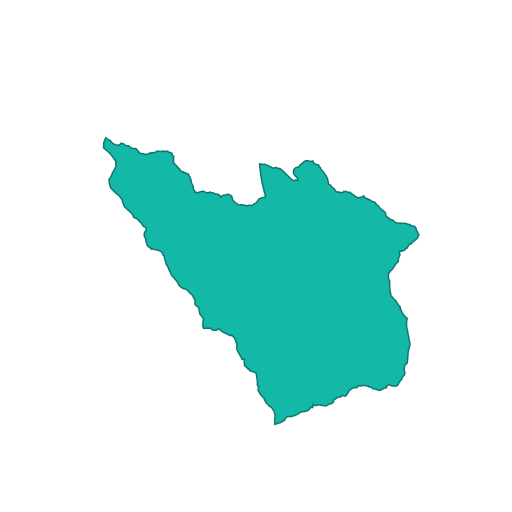 Romuli, Maramures, Romania, rotated 218°
{"feature_id": "2599482B28132150762562", "entity_name": "Romuli", "entity_type": "district", "adm_level": 2, "iso_a3": "ROU", "parent_name": "Romania", "parent_adm1": "Maramures", "projection": "mercator", "projection_center": [24.471, 47.559], "detail": "fine", "context": "isolated", "style": "filled", "palette": "teal", "viewbox_px": 512, "rotation_deg": 218, "n_neighbors": 0, "source": "geoboundaries", "source_scale": "gbopen_adm2", "svg_char_len": 6120}
<svg xmlns="http://www.w3.org/2000/svg" viewBox="0 0 512 512"><g transform="rotate(218 256 256)"><path d="M442.7,247.4L435.4,247.0L432.7,246.6L425.2,244.5L424.4,243.8L423.3,242.4L422.1,241.5L421.6,240.4L420.5,235.5L420.4,233.7L419.0,228.7L419.1,226.6L418.8,225.6L415.7,222.5L413.6,220.9L411.5,220.0L403.9,219.1L402.9,219.4L400.6,219.2L396.0,217.8L394.3,216.3L389.9,213.8L380.7,213.1L379.0,212.7L376.1,211.2L372.0,212.1L369.3,211.5L366.3,211.3L364.2,210.3L363.1,210.1L359.9,210.7L358.7,209.2L358.2,207.4L358.5,206.4L358.4,206.0L356.7,203.2L355.4,202.4L353.9,201.9L351.6,199.7L347.9,197.3L346.5,197.1L344.5,197.4L343.0,196.8L341.4,198.0L336.6,200.3L334.4,201.0L332.2,201.0L329.7,199.5L328.4,199.4L321.8,194.3L318.5,193.1L315.5,191.2L313.9,190.6L310.6,188.8L304.5,187.7L301.2,186.8L298.8,185.6L296.3,185.3L293.4,185.5L292.1,185.9L291.4,186.7L290.4,186.8L287.4,186.6L285.8,186.1L282.9,186.1L279.9,185.2L279.6,184.7L277.7,184.1L276.9,183.5L275.1,181.7L274.6,180.6L273.4,180.1L269.7,180.1L268.8,179.6L264.7,175.8L259.4,174.5L258.7,173.9L254.8,168.0L252.7,166.7L247.7,171.0L245.6,170.9L243.2,171.5L241.4,173.4L240.8,175.3L240.4,175.7L235.9,175.6L232.2,176.3L230.3,176.9L227.3,177.3L226.7,178.0L226.6,178.8L222.7,178.2L219.2,176.3L216.6,174.4L215.3,173.1L214.3,171.1L212.2,169.8L205.7,167.2L203.9,166.1L202.9,166.3L202.4,167.4L201.6,167.3L200.9,166.5L200.4,165.4L199.0,164.3L197.4,162.5L193.8,162.6L193.1,162.0L192.7,162.0L192.3,162.6L191.8,162.7L191.0,161.9L189.8,161.9L184.9,163.7L183.8,163.8L177.6,158.0L175.7,155.3L172.9,154.1L172.4,152.4L171.7,151.4L166.6,149.4L161.8,148.7L160.3,147.7L157.8,146.6L152.4,145.8L150.8,146.4L145.5,144.4L142.3,141.7L141.0,139.1L137.5,134.9L134.2,139.7L132.8,143.0L132.4,144.5L132.9,146.4L132.6,148.2L130.9,150.1L129.3,151.2L127.5,153.9L126.1,156.4L124.8,160.0L124.9,160.5L122.1,163.2L120.4,165.4L119.8,166.9L119.4,171.0L119.2,171.3L118.3,171.3L118.4,172.6L119.7,173.8L119.7,174.2L117.2,174.7L116.4,175.4L115.7,176.5L113.6,178.4L112.7,178.3L111.4,179.4L108.8,180.7L108.4,181.3L107.4,183.9L105.3,186.6L105.1,188.0L106.0,190.9L105.2,192.7L104.8,194.5L102.4,197.3L102.3,199.0L101.4,199.5L101.1,200.0L100.0,200.2L99.1,201.0L99.1,203.5L99.6,207.0L99.1,210.4L97.4,212.9L95.5,214.2L95.3,217.1L93.4,218.0L92.4,219.4L90.9,220.8L89.8,221.0L87.6,222.6L86.4,222.4L85.1,223.3L84.1,223.5L82.1,223.4L80.6,224.5L76.2,225.8L74.6,228.2L73.9,230.1L72.1,232.5L72.2,233.0L73.0,233.7L72.7,234.7L71.9,236.4L71.1,236.8L69.0,237.2L65.3,239.9L64.8,241.9L65.5,245.0L65.3,247.1L65.5,248.8L66.0,250.8L66.0,252.0L65.8,253.8L66.3,255.0L69.7,258.3L70.8,259.9L71.4,261.6L71.0,265.0L77.1,274.2L78.9,278.2L79.3,279.6L81.4,282.5L83.8,284.2L86.6,287.0L87.8,287.7L90.6,290.5L93.2,292.3L96.8,296.8L98.5,300.0L100.0,299.8L101.4,300.1L105.4,301.1L110.4,303.7L111.2,304.8L113.0,304.9L118.7,306.9L120.8,306.8L123.2,307.6L125.2,307.7L127.6,310.1L129.0,311.0L134.1,317.0L134.9,318.4L137.6,319.7L140.4,323.1L140.9,324.7L140.6,326.1L140.9,327.3L140.4,328.8L140.6,331.2L140.6,333.5L141.0,334.6L140.5,339.3L142.5,342.4L143.0,345.1L145.5,347.6L145.5,348.6L144.2,349.3L143.4,350.9L142.7,351.7L142.5,353.0L142.6,354.2L141.8,355.2L142.5,359.3L141.1,361.5L141.2,363.4L140.3,366.4L139.9,369.8L140.3,371.1L140.4,372.6L143.8,374.6L145.6,375.1L147.0,376.4L149.6,377.1L150.1,376.7L150.6,375.7L153.4,375.6L155.0,375.2L155.5,374.4L157.7,374.1L165.8,368.4L168.8,368.2L169.7,368.5L170.9,368.3L172.3,367.4L173.2,367.3L173.8,367.7L175.8,367.4L178.2,367.6L179.1,368.1L180.1,369.4L182.0,370.0L188.0,370.1L190.3,370.8L193.3,370.8L194.3,371.4L196.0,371.5L197.7,370.5L200.8,370.4L202.0,370.1L202.2,369.6L203.5,369.8L205.0,368.9L208.3,369.6L208.4,368.6L209.8,366.3L211.3,364.9L212.9,364.2L221.8,363.9L222.2,363.1L223.9,362.3L224.6,362.5L225.3,361.7L226.6,361.1L226.5,360.3L226.9,359.4L227.8,358.5L229.0,357.6L230.5,357.4L231.0,356.5L231.8,356.3L233.5,356.2L235.7,357.2L238.3,356.9L240.7,357.7L242.2,357.2L243.2,357.5L245.4,359.5L246.6,360.2L247.5,361.3L248.1,361.3L250.5,362.5L253.4,363.1L254.1,363.7L258.6,364.3L259.6,365.2L261.2,365.3L262.7,366.3L265.1,365.1L267.4,364.6L269.6,365.9L271.5,363.8L273.2,363.3L274.8,362.3L276.1,360.5L276.5,357.7L277.0,356.2L277.2,354.3L277.1,352.3L279.0,350.2L279.1,348.2L279.5,347.6L278.5,345.5L277.0,344.1L273.6,343.1L271.7,343.2L270.8,342.8L270.8,342.0L270.4,341.6L269.6,341.4L272.0,340.0L272.2,339.1L273.1,338.3L276.3,338.3L286.3,339.5L291.1,339.7L291.8,338.9L294.8,338.1L296.1,336.2L297.3,335.5L300.7,335.0L303.1,334.2L305.0,333.9L305.8,333.5L306.4,332.8L309.3,331.3L309.8,330.5L308.8,329.7L302.6,323.2L296.2,317.4L289.7,312.2L286.0,309.7L285.2,307.5L286.5,306.4L287.7,304.8L288.8,302.4L288.5,298.3L289.7,295.5L290.2,293.4L290.8,292.6L292.4,292.2L293.9,290.1L298.3,287.9L299.8,286.8L300.4,285.8L301.1,285.5L306.9,285.4L309.2,286.0L311.9,288.2L315.6,287.7L316.7,286.9L317.4,285.4L319.0,283.9L319.5,283.1L319.6,281.1L320.0,280.5L320.4,280.5L321.1,281.3L323.6,281.4L324.9,280.6L325.3,280.0L326.4,280.1L327.1,279.6L328.5,279.4L330.5,278.3L331.4,278.2L331.8,277.9L331.7,277.0L332.5,276.7L334.1,275.2L337.0,274.8L339.0,273.0L341.1,269.7L341.9,269.2L342.8,269.4L343.4,268.7L345.5,270.0L346.6,270.2L348.5,272.3L351.4,273.6L354.7,276.4L356.9,277.6L358.4,277.9L359.7,279.0L360.5,278.5L362.5,278.3L363.8,277.4L364.6,277.7L365.0,277.7L365.5,277.0L367.6,276.7L368.2,277.1L369.1,276.8L369.8,277.4L371.1,277.3L372.6,278.0L373.8,277.7L374.6,278.2L376.5,278.2L377.2,278.8L378.5,278.7L379.4,279.3L379.6,279.7L379.5,280.2L380.3,280.8L380.3,281.3L381.2,282.2L382.2,283.9L384.4,284.0L385.3,285.1L387.0,285.0L387.7,284.4L388.9,284.0L390.0,284.3L391.6,283.0L391.8,282.5L392.4,282.4L392.7,281.8L393.6,281.6L394.9,280.5L395.3,279.5L397.1,278.8L398.7,277.5L398.7,276.6L399.0,276.3L399.4,275.3L401.6,273.3L401.6,272.9L402.1,272.4L402.8,272.2L403.3,271.3L403.4,270.3L404.2,269.7L404.4,269.0L404.9,268.4L406.1,267.6L407.3,267.5L410.6,265.5L416.2,266.7L417.3,266.4L418.9,265.1L420.9,264.2L422.7,264.5L424.3,264.3L425.8,263.2L427.0,262.7L429.4,262.9L431.8,261.8L431.8,260.1L431.9,259.7L434.3,257.2L434.7,257.1L435.9,257.1L437.8,256.4L442.3,257.3L444.3,256.6L447.2,256.7L445.7,251.5L442.7,247.4Z" fill="#14b8a6" stroke="#0f766e" stroke-width="1.5"/></g></svg>